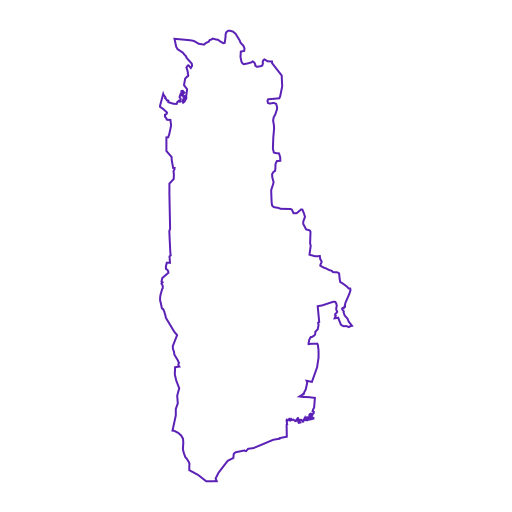 As-Suqaylabiyah, Hamah, Syria
{"feature_id": "27442178B45767266881892", "entity_name": "As-Suqaylabiyah", "entity_type": "district", "adm_level": 2, "iso_a3": "SYR", "parent_name": "Syria", "parent_adm1": "Hamah", "projection": "equal_earth", "projection_center": [36.361, 35.476], "detail": "fine", "context": "isolated", "style": "outline", "palette": "violet", "viewbox_px": 512, "rotation_deg": 0, "n_neighbors": 0, "source": "geoboundaries", "source_scale": "gbopen_adm2", "svg_char_len": 5948}
<svg xmlns="http://www.w3.org/2000/svg" viewBox="0 0 512 512"><path d="M272.0,61.5L267.7,61.3L264.4,59.4L263.3,60.3L262.7,61.8L262.9,63.5L262.3,65.5L260.8,66.2L257.0,66.8L255.3,65.7L255.2,64.4L254.5,62.8L252.8,61.4L251.5,62.3L247.9,63.4L243.6,64.2L242.2,63.0L241.4,61.5L240.5,57.0L240.8,51.6L244.2,50.9L244.5,48.6L243.5,45.9L240.6,42.8L239.6,40.3L235.6,33.8L233.0,31.6L229.9,30.7L228.1,30.8L226.2,32.3L225.6,34.4L225.5,37.3L224.7,42.8L223.3,43.2L220.2,41.4L217.9,39.7L216.5,39.6L212.7,38.6L211.5,39.5L210.6,39.7L209.6,40.1L208.6,41.8L206.2,42.8L204.0,44.6L198.8,43.8L194.0,41.0L190.7,40.3L174.5,38.8L176.2,46.8L177.6,49.2L182.8,52.6L184.3,54.5L186.2,56.5L186.3,57.5L191.8,63.7L192.1,65.8L190.8,68.0L188.5,65.3L187.7,65.6L186.4,67.5L187.6,71.0L187.6,71.6L187.9,72.2L187.8,73.5L188.3,75.3L188.0,76.2L187.1,76.7L186.8,76.7L186.4,77.4L185.1,78.7L184.0,85.2L187.1,89.2L186.2,96.0L186.3,98.3L184.5,101.6L183.1,102.7L182.5,101.6L182.9,100.9L183.2,99.3L183.9,98.8L184.1,98.1L184.3,98.0L184.8,98.5L185.1,98.4L184.9,97.2L185.3,97.2L185.1,96.2L184.8,96.0L184.1,96.8L183.2,96.6L183.2,96.2L183.1,95.4L182.7,94.4L182.2,93.4L182.3,93.0L183.2,92.8L183.6,93.3L184.3,92.7L182.8,90.8L181.5,91.0L181.3,92.1L182.4,95.3L181.4,95.4L181.1,93.8L180.6,93.9L180.3,95.1L180.0,95.5L179.6,96.9L179.6,97.5L180.5,98.4L180.7,99.6L180.3,101.5L179.8,101.8L179.5,101.7L179.4,101.3L179.0,101.2L178.8,100.8L177.3,102.1L176.7,103.9L173.6,103.8L168.3,102.2L168.3,101.7L168.5,101.0L168.3,100.6L167.6,100.5L167.5,100.3L167.3,100.3L167.2,100.4L166.8,100.3L166.1,99.0L165.1,98.1L165.5,97.5L163.3,94.3L163.2,94.0L160.1,105.5L160.0,106.8L163.0,108.8L167.0,112.5L166.7,113.7L165.9,114.4L165.0,114.7L165.0,116.7L166.2,118.1L166.7,119.2L166.7,119.4L166.8,119.5L167.1,119.8L170.4,119.9L171.1,125.5L169.3,134.0L168.2,137.3L166.4,137.4L166.4,151.0L171.6,157.0L171.7,159.8L173.1,167.9L174.6,168.0L174.3,169.7L173.5,171.1L173.9,174.5L173.7,179.0L169.4,183.6L169.4,194.1L170.1,228.8L169.3,231.1L170.3,252.5L170.7,255.3L169.5,256.4L170.0,262.8L166.8,262.7L165.9,266.4L165.9,268.8L167.3,269.8L168.2,271.2L168.4,272.8L162.3,278.0L161.5,281.6L162.6,282.3L161.5,283.6L162.7,285.7L162.8,288.0L162.1,289.2L160.6,294.5L160.1,297.5L160.1,300.6L160.8,303.0L161.4,305.9L161.7,307.6L162.1,308.6L163.2,309.1L164.3,311.8L165.5,315.8L165.8,317.7L174.3,331.8L177.1,335.1L172.8,346.1L172.9,348.7L174.0,351.9L174.4,354.7L177.8,360.3L178.4,361.9L179.0,362.9L178.4,364.3L178.4,365.2L179.3,366.6L175.1,367.2L174.8,374.4L176.2,380.4L179.2,388.3L177.2,395.7L177.8,403.3L175.8,409.0L175.8,415.4L174.6,421.0L172.5,430.6L174.4,430.9L178.4,433.0L181.3,435.7L183.0,438.7L183.3,442.4L182.9,449.2L183.8,453.0L185.4,457.3L186.7,458.6L188.8,462.0L189.5,463.8L189.3,465.6L189.3,470.2L197.9,474.8L206.3,481.3L216.7,481.2L215.6,478.5L218.6,472.6L227.7,460.8L233.3,458.0L233.8,453.8L235.5,452.3L244.2,450.5L244.3,450.7L246.1,451.1L248.1,448.8L253.4,448.1L273.2,439.8L277.1,439.1L279.5,438.8L279.6,438.1L286.8,436.7L286.6,424.8L287.1,424.4L286.9,424.1L287.0,423.3L286.8,422.4L286.9,422.1L286.8,421.7L286.5,420.3L286.8,419.8L287.5,420.6L287.9,420.5L288.9,419.1L289.3,418.9L289.8,420.4L290.0,420.5L290.5,419.2L290.9,418.9L291.5,420.1L291.9,420.1L293.1,419.5L294.5,420.4L295.2,421.1L295.9,421.1L296.5,419.7L297.7,418.2L298.0,418.1L298.2,418.4L298.1,421.1L298.2,421.6L298.5,422.5L298.8,422.9L300.3,422.5L299.6,421.4L299.6,419.9L301.4,419.9L302.8,421.7L303.3,421.6L303.7,419.8L305.1,417.4L305.6,418.6L305.0,419.6L305.1,420.1L307.4,420.3L307.7,419.8L306.7,418.5L306.9,417.4L307.6,417.3L308.3,417.9L307.9,419.7L308.1,419.8L310.8,419.3L310.4,418.9L309.3,416.6L309.4,414.8L310.0,414.0L310.9,413.6L311.3,413.8L310.6,416.4L310.6,417.0L311.7,418.4L312.4,418.6L313.4,418.6L313.4,417.8L311.6,417.6L311.4,417.2L312.8,413.8L313.6,413.4L313.8,411.8L312.6,411.2L313.1,409.5L314.1,407.6L314.9,397.9L308.3,397.1L303.6,397.0L299.5,396.5L301.8,395.1L302.8,394.2L302.9,394.4L303.5,394.4L303.8,393.7L304.4,391.9L305.8,389.3L307.1,383.1L307.2,382.2L306.6,380.8L311.9,381.9L317.1,367.3L318.6,357.2L318.5,356.2L318.6,354.6L318.5,350.0L318.4,349.0L318.3,348.5L317.9,345.0L317.3,343.7L311.0,343.8L308.6,344.1L308.6,342.7L309.0,341.3L309.2,340.0L309.9,338.4L310.7,337.1L311.1,337.3L312.1,336.9L314.5,335.3L315.1,334.3L315.3,333.5L315.3,331.8L316.6,330.5L317.8,329.1L318.1,327.3L318.4,325.9L318.5,324.4L318.1,322.7L319.2,322.0L317.7,306.2L322.2,305.4L333.4,301.7L335.3,301.9L336.2,303.4L336.8,305.7L336.2,308.2L336.3,309.8L337.2,311.8L336.5,312.9L335.4,313.8L335.0,314.9L335.8,315.6L334.6,318.3L335.6,318.2L338.2,317.7L339.6,321.5L340.3,323.1L340.8,324.6L342.1,325.5L343.5,326.2L346.4,326.1L347.8,326.6L348.6,327.1L349.4,326.8L350.3,326.2L352.0,325.8L348.6,321.5L348.1,320.0L347.3,318.4L344.7,315.5L343.6,312.5L343.8,311.4L343.2,310.6L342.5,309.9L342.1,308.9L342.4,308.1L343.5,307.8L343.8,308.0L344.4,306.6L345.0,306.7L345.0,304.8L345.4,302.9L349.4,293.7L350.5,290.1L350.2,288.5L348.8,288.5L346.7,286.4L342.6,283.4L340.2,282.0L339.5,277.7L339.1,273.4L338.1,272.7L336.4,272.2L335.0,272.3L333.0,272.1L332.2,271.4L331.9,270.9L329.2,270.0L325.5,268.2L324.1,267.8L323.3,267.4L320.3,265.7L320.5,264.4L321.6,262.2L321.5,261.2L321.0,260.6L321.0,260.3L320.3,259.4L319.8,256.0L317.0,256.3L314.6,256.2L311.9,255.3L310.6,255.1L309.5,254.7L309.7,252.9L310.7,245.9L310.1,243.3L310.5,231.8L309.7,230.4L306.1,229.4L303.2,223.8L303.3,221.4L305.0,216.9L303.9,213.3L302.4,209.6L301.2,209.4L296.7,213.2L293.5,213.2L291.9,209.7L290.6,209.0L280.6,208.8L278.3,207.9L273.7,207.1L272.0,205.3L271.7,202.9L271.4,197.5L271.2,190.0L272.8,185.2L273.6,182.2L272.3,177.4L272.1,174.1L273.6,171.8L275.0,171.0L275.4,168.5L275.5,164.0L276.8,161.1L280.3,160.8L280.2,157.3L279.0,153.4L275.7,153.1L273.8,152.5L272.9,148.6L273.3,137.3L274.1,128.5L273.9,125.2L273.1,120.4L273.7,117.3L275.2,114.6L277.0,109.3L277.1,107.3L276.1,103.8L273.6,102.9L269.7,103.6L267.9,102.9L267.5,100.8L268.1,99.3L279.3,98.3L280.2,96.2L282.2,86.4L281.7,75.5L272.1,63.2L272.0,61.5Z" fill="none" stroke="#5b21b6" stroke-width="2"/></svg>